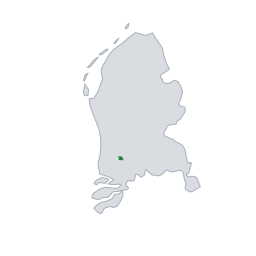 Hendrik-Ido-Ambacht, Zuid-Holland, Netherlands shown in context, rotated 328°
{"feature_id": "6326949B24881260895403", "entity_name": "Hendrik-Ido-Ambacht", "entity_type": "district", "adm_level": 2, "iso_a3": "NLD", "parent_name": "Netherlands", "parent_adm1": "Zuid-Holland", "projection": "albers", "projection_center": [4.638, 51.847], "detail": "fine", "context": "in_parent", "style": "filled", "palette": "green", "viewbox_px": 256, "rotation_deg": 328, "n_neighbors": 0, "source": "geoboundaries", "source_scale": "gbopen_adm2", "svg_char_len": 3565}
<svg xmlns="http://www.w3.org/2000/svg" viewBox="0 0 256 256"><g transform="rotate(328 128 128)"><path d="M158.1,216.2L154.1,216.1L150.5,216.0L148.5,215.8L146.4,214.9L145.5,213.0L144.3,210.7L144.6,209.3L147.9,205.2L148.4,204.1L148.1,203.5L148.4,201.8L150.9,195.8L151.2,193.4L150.0,191.7L148.3,190.7L142.8,189.0L140.2,186.6L138.9,184.4L137.7,183.8L135.9,184.6L131.4,185.4L127.7,184.3L123.3,180.2L122.2,176.5L121.7,173.7L120.6,172.7L119.1,174.2L117.3,176.5L113.6,176.8L112.6,176.2L112.4,174.9L112.2,173.7L111.2,172.2L110.1,171.4L105.5,175.6L103.8,175.6L101.6,174.0L100.5,172.4L98.1,173.3L96.0,175.3L96.7,179.0L95.6,179.6L92.9,179.3L89.9,177.7L86.6,176.8L81.6,174.2L74.5,176.2L69.7,173.7L65.6,173.4L63.1,171.4L60.5,168.0L62.4,165.8L64.3,165.1L71.7,164.8L77.1,166.2L86.7,173.5L89.2,173.5L91.8,172.6L90.5,170.6L88.1,169.6L84.5,167.6L81.6,164.9L88.4,164.1L87.4,162.6L86.6,160.2L79.5,151.8L80.8,149.5L82.6,144.6L84.8,140.6L86.6,139.5L89.5,136.7L95.8,128.3L99.8,121.4L102.8,113.3L107.1,90.8L108.4,87.0L110.5,82.8L113.0,83.6L114.9,84.8L121.2,81.6L132.1,73.2L135.2,66.0L138.3,62.6L150.7,55.9L157.5,53.8L168.1,53.1L175.7,51.8L184.9,51.1L188.6,55.0L190.7,57.9L194.0,59.4L199.1,60.3L199.0,66.1L199.5,77.6L199.2,79.6L197.0,84.6L194.9,93.3L194.4,99.0L193.7,100.2L183.9,100.4L182.5,101.5L182.4,102.7L182.9,104.2L182.7,105.6L182.0,106.8L182.4,108.7L184.2,110.8L187.4,112.0L190.7,112.1L192.4,111.8L193.7,113.3L195.0,115.6L195.0,118.6L194.7,122.6L193.2,126.3L188.8,130.7L186.8,132.3L184.9,133.1L184.0,134.3L183.6,135.7L183.7,137.0L187.1,140.3L187.0,141.1L186.1,142.9L184.9,144.6L176.6,148.3L173.1,148.1L171.1,149.9L170.5,150.3L168.3,148.7L163.3,147.0L161.4,147.7L160.4,148.7L157.3,150.0L155.2,151.9L155.2,154.4L159.3,160.7L160.7,161.9L160.8,164.3L162.8,167.2L164.8,170.9L165.1,173.3L164.9,175.7L163.9,179.1L160.7,187.2L160.6,188.7L161.0,189.9L162.2,190.2L163.1,190.7L162.8,191.8L156.5,197.5L155.6,198.5L152.9,198.2L152.5,199.2L152.9,200.7L154.0,201.9L156.3,202.6L158.3,204.0L160.0,206.7L158.1,216.2ZM89.9,177.7L89.4,180.0L87.9,182.6L82.8,186.2L77.5,188.6L74.7,188.2L72.9,187.0L71.9,185.6L69.1,184.3L65.2,183.6L62.8,185.0L61.0,186.2L59.5,186.0L58.4,184.9L57.6,183.2L56.5,177.9L59.4,177.0L65.7,176.7L70.5,178.6L76.8,179.6L81.7,177.1L85.6,179.3L89.9,177.7ZM79.6,156.1L83.2,159.5L84.0,160.5L84.3,161.7L79.6,163.0L74.6,158.8L71.3,159.7L70.1,157.8L70.1,156.6L73.5,155.6L79.6,156.1ZM114.8,74.9L111.1,79.2L108.9,78.0L108.3,77.0L109.4,73.6L114.7,68.0L114.8,74.9ZM130.7,55.5L127.3,56.0L125.8,55.2L133.9,52.7L139.1,51.9L140.0,52.2L130.7,55.5ZM152.6,50.8L145.5,51.9L143.0,51.2L142.6,50.5L144.6,50.0L150.7,49.8L152.6,50.4L152.6,50.8ZM122.8,60.3L116.1,64.9L115.5,64.1L119.8,60.2L122.8,60.3ZM181.7,42.5L178.4,42.8L179.3,41.2L182.4,39.9L184.0,39.8L181.7,42.5ZM167.3,47.3L162.2,49.5L161.0,49.1L161.3,48.5L165.7,47.1L167.3,47.3Z" fill="#d9dde1" stroke="#a8b0b8" stroke-width="1"/><path d="M105.5,148.3L105.6,148.5L105.8,148.8L105.9,149.0L106.0,149.0L105.9,149.1L105.8,149.3L105.7,149.3L105.6,149.5L105.5,149.4L105.4,149.4L105.3,149.2L105.2,149.2L105.1,149.3L104.9,149.4L104.7,149.4L104.6,149.5L104.4,149.6L104.3,149.9L104.3,150.0L104.2,150.1L104.3,150.2L104.4,150.3L104.5,150.3L104.7,150.5L104.8,150.5L105.1,150.7L105.4,150.9L105.5,150.9L105.6,151.0L105.6,150.9L105.8,150.9L106.2,150.8L106.2,150.7L106.3,150.7L106.5,150.6L106.6,150.8L106.8,151.0L106.8,150.9L106.8,150.7L106.9,150.4L106.9,150.2L106.9,149.9L106.7,149.8L106.7,149.7L106.4,149.4L106.3,149.1L106.2,149.1L106.2,148.9L106.0,148.7L105.9,148.6L105.8,148.4L105.7,148.4L105.5,148.3Z" fill="#22c55e" stroke="#15803d" stroke-width="1.5"/></g></svg>